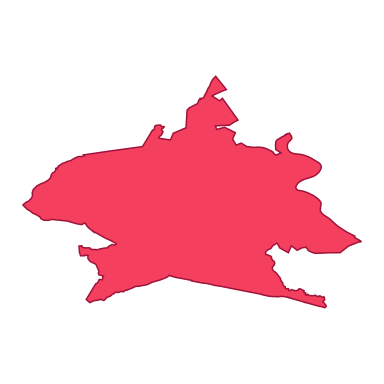 Līvbērzes pag., Jelgava, Latvia (Equal Earth projection)
{"feature_id": "27541924B18412094384348", "entity_name": "Līvbērzes pag.", "entity_type": "district", "adm_level": 2, "iso_a3": "LVA", "parent_name": "Latvia", "parent_adm1": "Jelgava", "projection": "equal_earth", "projection_center": [23.561, 56.717], "detail": "fine", "context": "isolated", "style": "filled", "palette": "rose", "viewbox_px": 384, "rotation_deg": 0, "n_neighbors": 0, "source": "geoboundaries", "source_scale": "gbopen_adm2", "svg_char_len": 5898}
<svg xmlns="http://www.w3.org/2000/svg" viewBox="0 0 384 384"><path d="M24.3,206.5L27.4,209.4L29.9,210.9L30.0,210.8L30.8,211.4L32.3,212.9L36.0,214.6L38.9,216.3L40.4,217.5L40.9,218.7L44.1,220.3L48.8,220.3L51.4,219.4L59.5,220.2L67.4,221.1L76.8,223.8L81.8,224.6L83.6,223.6L85.0,223.0L86.9,225.9L88.1,227.3L89.8,228.9L91.7,230.2L93.2,231.1L92.8,231.4L94.9,232.7L95.3,232.4L105.6,238.3L111.6,240.9L111.5,241.0L114.3,242.5L116.3,243.9L114.5,245.1L113.7,245.1L112.5,244.5L111.9,244.5L111.0,245.2L109.7,245.6L109.2,246.3L108.3,246.6L107.9,247.0L107.7,247.4L107.4,247.8L103.6,248.2L99.9,248.9L98.5,249.5L97.3,249.7L94.4,249.5L92.0,249.5L91.3,249.2L90.6,248.6L90.2,248.2L89.6,247.9L88.2,247.8L85.6,247.9L83.1,247.6L82.3,247.0L81.9,245.9L81.7,245.7L81.2,245.7L80.4,246.0L79.8,246.0L79.0,246.0L79.5,252.9L79.9,253.6L80.6,255.8L84.6,255.8L84.6,255.3L84.7,255.1L88.2,255.5L87.7,257.6L88.4,259.3L88.9,259.9L89.6,260.9L90.1,261.4L94.0,263.4L95.5,264.0L95.9,264.4L98.8,270.8L98.9,271.3L98.4,272.7L98.7,274.7L103.4,276.1L102.9,276.6L102.4,279.7L99.3,279.4L97.6,282.9L95.7,283.8L86.2,299.5L89.8,302.6L94.1,300.7L99.0,300.0L99.9,299.2L103.9,300.5L105.8,298.8L106.7,297.6L110.9,295.8L112.3,294.3L113.8,293.8L115.1,292.7L115.8,292.2L116.4,292.1L117.3,292.5L117.9,292.5L119.8,292.0L120.4,291.6L121.1,291.5L123.2,291.8L123.5,291.7L123.9,291.5L124.4,291.0L125.6,290.3L127.0,290.2L127.4,290.1L128.0,289.6L130.7,288.7L136.0,286.3L138.7,286.3L147.3,284.6L152.3,282.2L160.3,279.9L166.7,277.4L169.4,275.3L169.7,275.7L176.6,277.6L179.8,278.1L191.7,280.4L191.5,280.9L202.2,283.0L206.2,283.4L209.7,284.1L214.7,285.4L220.8,286.3L239.4,290.0L261.9,294.4L261.8,294.6L265.6,295.5L269.0,296.2L272.0,296.5L278.4,296.8L279.7,296.5L281.7,296.4L285.5,296.8L287.2,297.3L287.3,297.1L289.3,297.6L289.1,297.8L304.4,302.1L304.3,302.3L306.3,302.8L306.3,302.7L319.5,306.4L319.7,306.2L324.9,307.7L326.2,306.4L326.0,305.4L324.5,303.4L324.3,303.4L323.7,302.4L323.0,301.9L323.0,301.5L324.8,299.6L324.8,299.4L323.9,296.7L323.7,296.6L323.2,297.1L322.9,297.3L322.5,297.3L321.8,297.0L320.4,296.0L319.2,295.9L318.8,296.5L318.5,296.5L317.3,296.3L315.5,295.4L314.8,295.2L313.1,295.8L311.5,295.7L308.8,295.3L308.5,295.1L308.0,294.3L307.8,294.2L307.2,294.5L306.9,294.8L306.4,295.1L305.7,295.1L305.3,294.6L305.4,294.1L305.8,293.4L305.8,293.1L305.5,292.9L304.7,292.8L303.7,292.2L303.7,291.9L304.1,291.3L304.2,290.9L304.1,290.7L303.4,290.3L302.2,289.9L301.4,289.4L300.1,288.8L298.7,289.0L298.7,289.4L298.4,289.8L297.9,290.0L297.2,290.4L296.4,290.7L294.1,290.5L292.4,289.7L290.9,289.9L290.0,290.5L289.3,290.6L289.0,290.5L288.7,290.2L288.6,288.9L288.4,288.6L287.8,288.6L286.2,288.8L285.5,288.4L285.3,287.0L285.1,287.1L285.0,286.8L283.3,285.4L282.8,284.4L282.9,283.4L282.7,282.8L281.2,281.0L280.0,277.7L279.6,277.1L278.2,275.5L276.1,272.8L273.8,271.1L273.0,270.2L272.6,269.6L272.3,268.2L272.4,267.6L272.6,267.0L274.4,264.7L274.6,263.9L274.7,263.1L274.6,262.4L274.3,261.7L271.9,259.4L271.6,258.4L271.6,257.4L271.4,256.8L270.7,256.1L266.9,254.7L265.7,254.4L265.5,252.5L266.8,250.7L268.8,249.4L270.9,248.5L272.5,246.0L276.8,243.2L277.5,243.7L279.7,247.9L288.3,252.7L291.3,246.0L293.6,247.5L297.2,250.3L301.8,247.9L306.0,247.2L306.4,248.0L307.2,248.5L308.2,250.6L311.7,252.2L314.5,253.2L316.6,253.3L328.6,252.8L340.1,252.7L348.6,246.0L358.8,242.0L360.3,241.9L361.0,241.6L360.9,241.2L360.3,240.8L354.8,237.6L354.5,237.2L354.9,236.1L354.1,235.8L347.5,232.4L344.2,230.4L337.8,226.2L334.9,223.7L330.4,219.5L329.2,218.5L323.7,214.9L322.1,213.5L321.4,212.6L320.8,211.7L320.4,210.8L320.3,209.6L320.7,206.6L321.0,204.7L321.1,203.6L321.0,203.0L320.5,201.8L320.0,201.0L318.7,199.5L316.4,197.6L313.0,195.3L308.1,192.9L303.7,191.3L302.4,191.0L298.3,190.3L297.1,189.6L296.4,189.0L296.0,188.1L295.8,187.2L296.5,185.2L298.3,182.9L299.8,181.7L301.5,180.7L303.5,179.7L304.6,179.2L307.1,178.5L313.2,176.5L315.1,175.4L317.2,174.0L319.2,171.9L320.5,169.8L321.0,168.4L321.2,167.7L321.2,166.2L320.6,164.7L320.2,164.1L318.9,162.8L311.7,158.5L308.7,156.9L304.7,155.4L302.0,154.7L300.5,154.4L294.4,153.7L292.6,153.2L290.1,152.0L289.1,151.0L288.1,149.7L287.5,148.1L287.4,147.0L287.4,145.3L287.6,144.0L288.0,143.1L288.5,142.2L290.5,140.3L291.7,138.8L291.8,138.1L291.8,137.3L291.2,135.8L289.5,133.1L287.8,133.9L287.1,133.6L286.6,134.2L285.9,134.4L286.2,134.6L285.4,135.2L281.2,137.3L278.9,138.9L277.6,139.4L277.0,140.0L276.2,140.9L276.0,141.5L275.7,143.1L275.5,145.3L275.7,149.5L281.0,152.9L275.7,155.2L273.2,152.7L273.2,152.3L272.1,151.4L267.4,149.1L263.5,147.7L258.7,147.1L253.7,147.4L246.7,146.5L241.2,143.1L236.1,145.1L232.6,139.0L235.4,132.7L224.6,127.3L216.7,129.4L215.4,125.9L228.5,125.2L229.0,125.5L234.6,121.8L238.0,120.1L222.4,98.3L220.4,100.3L219.5,100.7L212.1,96.0L214.6,94.5L223.5,90.6L226.4,89.6L215.7,76.3L213.4,78.6L212.2,80.3L210.6,83.4L210.1,84.6L209.8,85.6L209.3,86.7L208.5,87.6L207.0,90.7L206.4,92.2L204.8,95.0L203.3,98.1L200.0,98.5L200.5,99.6L199.2,99.7L198.6,100.7L198.6,101.3L198.2,101.8L197.5,103.6L189.3,107.8L187.6,109.9L187.4,110.1L187.1,110.1L186.0,127.8L173.3,133.2L170.5,139.9L159.2,138.3L159.0,137.4L159.1,136.8L159.5,136.4L160.4,135.9L161.3,135.1L162.0,133.9L162.8,132.2L162.9,131.6L162.8,131.3L162.4,130.7L161.5,129.6L161.5,129.3L161.8,128.7L163.5,127.9L163.9,127.4L164.1,126.7L162.8,126.7L161.7,126.4L161.1,126.0L160.8,125.4L160.3,125.0L156.3,125.3L154.9,126.0L154.0,129.9L152.5,130.1L142.5,146.6L111.6,150.8L83.4,154.9L84.2,155.9L83.0,156.2L82.5,156.5L79.3,156.5L78.2,156.7L76.9,157.1L73.7,158.7L70.5,160.7L69.1,161.1L67.8,161.2L64.7,162.7L62.6,163.3L59.4,165.5L58.7,165.7L58.2,166.3L58.2,167.2L57.2,168.2L56.4,168.0L55.6,168.5L55.6,169.0L56.1,169.4L55.8,169.7L55.2,171.1L54.6,171.8L52.8,172.8L52.1,173.4L50.9,175.9L50.7,177.5L49.0,179.5L47.2,180.8L43.7,182.8L40.8,183.8L37.1,185.8L33.4,189.3L32.2,192.7L32.4,194.8L32.3,196.5L31.3,198.4L28.3,201.3L26.6,201.9L23.4,204.5L23.5,204.8L23.0,205.1L24.3,206.5Z" fill="#f43f5e" stroke="#9f1239" stroke-width="1.5"/></svg>